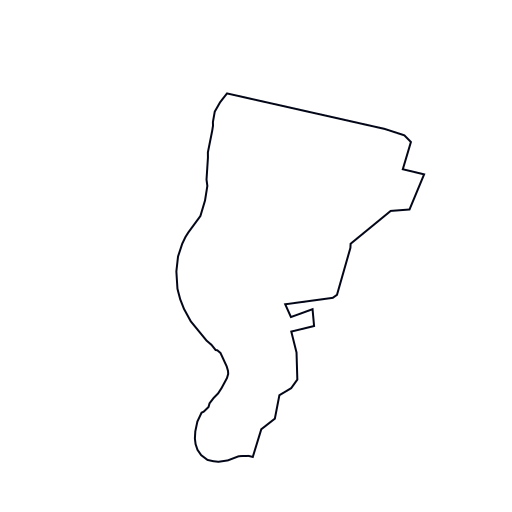 outline of Campbell, Kentucky, United States of America, rotated 220°
{"feature_id": "52423323B7584870852949", "entity_name": "Campbell", "entity_type": "district", "adm_level": 2, "iso_a3": "USA", "parent_name": "United States of America", "parent_adm1": "Kentucky", "projection": "mercator", "projection_center": [-84.397, 38.964], "detail": "fine", "context": "isolated", "style": "outline", "palette": "ink", "viewbox_px": 512, "rotation_deg": 220, "n_neighbors": 0, "source": "geoboundaries", "source_scale": "gbopen_adm2", "svg_char_len": 1099}
<svg xmlns="http://www.w3.org/2000/svg" viewBox="0 0 512 512"><g transform="rotate(220 256 256)"><path d="M382.7,361.9L382.5,355.2L382.3,350.6L380.4,340.1L375.1,330.9L372.7,328.2L370.0,323.7L359.5,304.5L356.0,300.4L343.0,282.7L338.3,278.4L330.7,265.7L324.3,250.9L323.0,230.7L322.3,225.4L320.4,218.0L315.4,205.5L307.1,193.0L301.3,186.9L295.2,180.5L292.6,178.6L286.2,174.1L277.2,169.2L263.9,164.0L239.5,159.4L232.8,159.3L226.5,158.0L225.0,158.9L220.9,158.9L207.5,152.6L203.6,150.0L201.5,147.8L199.8,143.9L197.5,132.8L196.7,126.4L197.2,120.0L196.9,113.3L195.3,109.8L196.0,103.1L197.0,101.0L194.5,91.5L189.8,82.7L185.5,76.9L181.3,73.0L176.2,69.9L170.0,68.2L162.1,68.6L161.5,68.9L156.9,71.3L152.5,74.2L146.2,81.3L140.7,91.2L138.8,93.2L138.1,93.8L133.0,98.2L129.3,100.0L140.6,126.7L137.0,143.5L148.6,164.4L144.1,177.4L144.9,187.9L162.9,208.1L180.4,220.8L166.5,239.7L178.5,251.6L190.0,231.7L202.6,237.8L170.3,273.3L169.0,278.3L188.9,322.9L191.4,326.2L181.8,377.1L168.3,390.3L179.7,426.6L199.3,416.8L210.6,442.9L219.9,443.8L239.0,436.1L382.7,361.9Z" fill="none" stroke="#020617" stroke-width="2"/></g></svg>